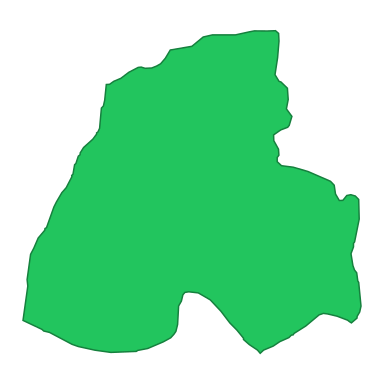 outline of Patzún, Chimaltenango, Guatemala
{"feature_id": "79465075B61157694740062", "entity_name": "Patzún", "entity_type": "district", "adm_level": 2, "iso_a3": "GTM", "parent_name": "Guatemala", "parent_adm1": "Chimaltenango", "projection": "mercator", "projection_center": [-91.025, 14.656], "detail": "fine", "context": "isolated", "style": "filled", "palette": "green", "viewbox_px": 384, "rotation_deg": 0, "n_neighbors": 0, "source": "geoboundaries", "source_scale": "gbopen_adm2", "svg_char_len": 1786}
<svg xmlns="http://www.w3.org/2000/svg" viewBox="0 0 384 384"><path d="M351.4,322.9L357.0,318.1L357.1,316.4L359.7,312.0L361.0,306.1L358.7,282.4L357.8,281.0L356.7,272.8L354.5,270.0L352.9,265.5L351.0,253.7L353.5,246.9L353.5,243.3L354.6,241.9L359.2,219.1L358.7,199.5L355.3,196.0L350.8,194.7L346.8,195.5L342.8,200.4L339.3,200.5L335.5,194.0L334.2,185.2L330.5,181.3L308.0,171.5L293.2,167.2L281.5,165.7L277.2,161.7L277.2,157.5L278.9,155.2L278.5,149.2L273.8,140.7L273.6,134.9L280.8,129.9L287.7,127.3L289.2,125.4L291.9,116.4L286.4,108.9L288.2,99.5L287.4,88.2L281.0,82.0L279.0,81.3L275.0,74.7L277.6,57.7L279.0,41.1L278.6,33.4L275.5,30.7L267.4,31.0L254.3,30.9L249.1,31.9L235.4,34.9L212.4,34.9L203.2,37.0L191.9,46.3L170.3,50.0L165.3,58.3L160.6,63.8L156.5,66.1L151.7,68.0L145.1,68.3L141.2,67.1L138.2,67.4L128.8,72.3L120.9,78.3L113.8,81.3L109.6,84.3L106.3,84.5L104.7,100.2L103.4,106.0L101.4,108.1L99.6,128.3L97.9,132.0L96.6,132.9L96.6,134.1L92.8,139.2L83.6,147.5L80.2,152.9L80.1,154.7L78.3,156.2L75.9,163.5L74.6,164.7L73.0,174.1L71.7,175.5L71.9,176.7L66.2,187.7L61.9,192.6L56.4,202.0L53.9,207.0L46.5,227.7L45.0,228.5L44.8,230.2L38.2,238.0L33.8,248.2L30.6,254.3L27.1,279.6L27.8,286.1L23.0,320.4L42.0,329.4L43.7,331.0L49.5,332.4L72.0,344.3L78.2,346.5L95.0,350.2L110.8,352.4L136.3,351.4L137.8,350.4L147.7,348.5L163.2,341.9L170.7,337.8L173.9,334.3L175.9,331.4L177.6,324.5L178.6,306.0L181.4,301.1L182.9,294.8L184.9,292.4L188.8,291.8L198.3,292.9L210.3,299.9L220.9,311.2L229.9,323.0L236.9,330.1L243.5,338.2L243.5,339.5L249.3,344.6L257.5,350.1L260.2,353.3L263.6,350.1L273.2,346.1L279.9,341.6L288.9,337.6L291.4,335.1L293.1,334.9L294.1,333.4L305.8,326.0L319.2,314.8L321.1,314.2L323.3,313.4L327.4,313.9L337.1,316.2L347.6,320.2L349.5,321.7L351.4,322.9Z" fill="#22c55e" stroke="#15803d" stroke-width="1.5"/></svg>